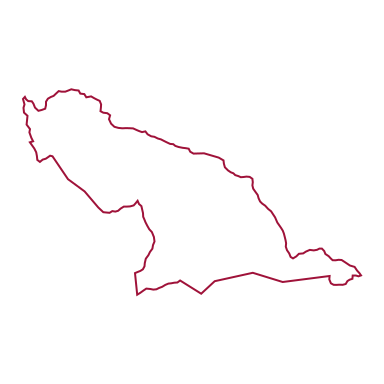 Nazaré, Tocantins, Brazil
{"feature_id": "56859067B47209768197677", "entity_name": "Nazaré", "entity_type": "district", "adm_level": 2, "iso_a3": "BRA", "parent_name": "Brazil", "parent_adm1": "Tocantins", "projection": "natural_earth1", "projection_center": [-47.774, -6.322], "detail": "fine", "context": "isolated", "style": "outline", "palette": "rose", "viewbox_px": 384, "rotation_deg": 0, "n_neighbors": 0, "source": "geoboundaries", "source_scale": "gbopen_adm2", "svg_char_len": 2742}
<svg xmlns="http://www.w3.org/2000/svg" viewBox="0 0 384 384"><path d="M345.7,284.0L347.4,281.1L349.6,279.7L352.4,278.8L352.7,275.5L355.8,275.5L358.5,276.3L361.0,275.4L359.4,273.1L357.1,270.6L354.6,266.9L349.9,265.5L347.1,263.6L344.7,262.0L341.6,260.0L338.6,259.8L335.5,260.3L332.6,260.2L330.7,258.4L328.7,256.2L325.4,254.0L324.2,251.0L321.9,248.6L319.4,248.6L317.1,249.8L313.8,250.4L309.8,249.9L305.9,251.6L303.2,253.4L298.9,253.8L296.3,256.4L293.0,258.4L290.6,256.9L289.2,253.4L287.0,250.2L285.8,246.7L286.1,243.3L285.6,240.4L284.8,237.1L283.9,233.6L282.8,230.7L281.2,228.1L279.4,225.5L277.3,222.5L275.1,217.4L273.0,214.2L271.1,211.3L268.1,208.9L265.2,205.7L262.2,203.6L260.1,201.5L258.6,198.3L257.7,195.0L255.6,192.1L253.2,188.7L252.4,185.4L252.8,182.2L252.4,178.8L249.7,176.9L246.5,176.6L243.6,177.0L240.8,177.2L238.4,176.1L235.2,175.1L233.4,173.3L230.8,172.3L228.0,170.4L224.9,167.3L223.9,163.7L223.5,160.4L218.7,157.6L204.0,153.3L201.2,153.4L197.0,153.5L193.5,153.6L190.2,151.7L188.7,148.7L185.9,148.2L182.6,147.8L178.6,147.0L175.3,145.9L173.3,144.2L170.1,143.9L166.3,142.1L163.3,140.6L161.0,139.4L157.8,138.5L154.4,136.8L151.2,136.3L147.6,134.3L145.4,131.4L142.0,132.1L139.2,131.1L136.6,130.0L133.1,128.4L129.1,128.2L125.9,128.1L122.4,128.3L118.4,127.9L114.4,126.8L111.1,123.7L109.0,119.2L110.1,115.3L107.3,113.2L103.3,112.7L100.5,111.2L100.9,107.6L101.1,104.4L99.7,100.9L96.7,99.5L94.2,98.2L91.1,96.4L86.3,97.3L84.3,94.1L80.3,93.6L78.6,90.5L74.8,90.1L71.3,89.3L68.6,90.4L65.2,91.7L61.8,91.7L58.7,91.1L56.0,93.6L53.6,95.9L50.8,97.0L47.9,98.7L46.0,101.7L46.0,105.2L45.2,108.7L41.6,110.0L38.4,110.8L35.0,107.6L33.4,103.6L31.8,101.3L28.2,101.1L26.1,99.3L24.9,96.9L23.0,99.0L24.5,104.4L23.5,107.8L24.0,112.6L27.5,115.8L26.6,124.6L30.0,129.1L29.4,132.4L31.3,137.7L33.1,141.3L29.9,142.3L34.3,148.5L36.2,152.3L36.9,156.0L37.3,159.9L39.9,161.9L42.7,159.6L45.8,158.7L48.0,157.2L50.1,155.7L52.5,156.3L68.0,179.2L84.6,191.4L98.3,207.5L103.3,212.2L106.2,212.5L109.6,212.8L112.3,211.1L115.3,211.6L118.1,210.8L120.6,208.6L123.8,206.6L126.7,206.6L130.1,206.4L133.7,205.4L135.5,203.4L137.6,200.8L139.0,204.0L141.4,206.1L142.1,209.2L143.0,213.1L143.2,216.8L144.3,219.3L145.5,222.3L147.3,225.8L149.3,229.3L151.9,232.1L153.9,237.0L154.5,241.5L153.0,245.1L152.4,248.7L150.0,251.9L148.4,255.2L145.8,258.7L144.8,263.0L144.5,266.3L142.9,269.3L140.4,270.9L137.6,272.0L135.0,273.1L137.2,294.7L140.3,292.8L143.2,290.7L146.3,288.6L150.3,289.0L153.3,289.6L156.4,289.3L159.0,288.0L162.2,286.8L165.3,284.9L168.4,283.6L171.2,283.3L174.3,282.7L177.4,282.5L180.1,280.5L201.2,293.7L214.7,281.2L252.8,272.8L282.7,282.0L329.6,276.0L329.3,279.4L330.9,283.3L333.6,284.8L336.2,284.9L339.3,284.7L342.7,284.8L345.7,284.0Z" fill="none" stroke="#9f1239" stroke-width="2"/></svg>